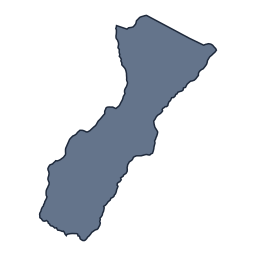 Mirandópolis, São Paulo, Brazil
{"feature_id": "56859067B1440643639683", "entity_name": "Mirandópolis", "entity_type": "district", "adm_level": 2, "iso_a3": "BRA", "parent_name": "Brazil", "parent_adm1": "São Paulo", "projection": "orthographic", "projection_center": [-51.144, -21.087], "detail": "fine", "context": "isolated", "style": "filled", "palette": "slate", "viewbox_px": 256, "rotation_deg": 0, "n_neighbors": 0, "source": "geoboundaries", "source_scale": "gbopen_adm2", "svg_char_len": 4071}
<svg xmlns="http://www.w3.org/2000/svg" viewBox="0 0 256 256"><path d="M39.9,217.7L41.4,218.8L42.7,220.7L43.8,221.1L45.1,221.1L46.3,220.5L47.9,221.6L48.3,223.1L49.6,224.0L50.1,225.2L51.2,226.0L52.3,226.0L53.5,226.8L54.7,228.0L56.5,227.8L57.0,229.0L57.7,230.1L59.5,230.4L60.9,230.8L62.2,231.4L63.5,231.2L64.4,232.5L65.1,234.2L66.3,235.6L66.9,234.4L68.4,234.0L70.8,233.6L72.7,233.5L75.1,233.6L76.4,233.6L77.6,234.0L78.0,235.9L79.4,236.2L79.9,237.5L80.1,238.7L81.3,239.7L82.7,240.5L84.2,240.6L85.4,240.0L86.7,238.6L87.7,237.0L89.0,236.0L90.5,234.2L91.7,232.4L93.0,231.5L94.2,230.6L95.7,229.7L96.9,229.5L98.0,228.6L99.0,226.6L99.8,225.2L100.3,223.0L99.7,221.4L100.3,219.7L100.0,218.1L101.3,216.7L102.3,215.0L102.6,213.2L103.5,211.4L103.9,209.5L104.2,207.8L103.7,206.3L105.1,205.5L106.3,204.3L107.2,203.1L108.0,201.9L109.2,200.9L110.2,200.1L110.8,198.3L112.8,197.3L113.9,196.4L114.4,194.9L115.4,193.9L116.2,191.9L116.7,189.6L117.5,187.7L118.0,186.2L117.1,185.2L117.3,183.4L118.6,182.2L119.7,181.8L121.2,179.8L120.6,177.9L121.8,177.1L123.1,176.3L123.5,175.1L124.6,174.3L126.0,173.4L127.1,171.5L127.3,169.3L127.1,167.7L127.4,166.5L127.7,164.6L128.5,163.5L129.1,162.1L130.2,161.3L131.8,160.2L132.8,158.8L133.4,157.3L135.0,156.4L136.5,155.8L138.1,155.8L139.3,155.8L141.2,155.8L143.7,155.1L145.5,154.6L146.9,154.5L148.2,154.9L149.8,155.0L151.0,153.9L152.5,153.2L153.3,150.9L153.8,148.8L154.0,146.9L155.0,143.0L154.6,140.8L155.5,139.3L156.0,137.5L156.7,136.1L157.4,133.8L157.7,132.0L157.1,130.8L156.2,129.3L154.9,127.3L154.4,125.4L154.0,123.6L153.7,121.0L155.0,119.3L155.6,118.1L156.3,116.8L157.7,115.2L159.3,114.2L160.4,113.5L161.6,112.3L162.6,110.9L162.1,109.5L162.8,108.4L164.1,107.6L165.1,106.7L166.6,106.6L167.8,105.6L168.1,104.0L168.9,101.9L170.4,100.6L171.1,99.0L171.7,97.7L173.6,97.5L175.1,96.1L175.7,94.4L177.0,93.9L177.9,92.2L180.0,91.5L181.8,91.0L183.1,90.0L183.5,87.9L185.5,87.4L186.3,85.7L187.1,84.2L188.6,82.8L190.5,81.2L192.2,80.9L194.2,80.2L195.8,78.8L197.0,77.2L198.4,75.5L198.4,73.9L198.7,72.6L199.6,71.2L200.5,70.4L201.6,69.5L203.0,68.9L203.9,67.9L205.3,66.1L206.5,64.4L207.1,62.7L207.5,60.5L208.8,58.3L209.8,56.7L211.6,55.3L212.8,54.1L214.0,53.0L214.9,52.2L216.4,50.2L215.7,48.6L214.3,47.2L212.6,45.2L211.0,44.2L209.8,43.9L208.3,43.7L207.0,44.1L205.5,44.4L203.7,45.2L189.2,38.2L173.9,30.0L146.5,15.4L145.1,15.6L143.1,16.2L141.0,16.8L139.6,17.5L138.4,18.8L137.3,19.9L136.4,20.9L136.2,22.2L135.7,23.9L134.2,25.8L133.1,26.9L131.5,27.4L129.8,27.6L128.6,27.8L127.0,29.1L116.5,25.6L116.3,27.0L115.8,28.6L116.4,29.8L116.4,32.1L116.3,34.0L116.0,35.7L116.0,37.3L116.3,38.6L117.4,39.9L118.4,42.5L118.6,44.5L118.2,46.3L118.0,47.8L119.3,49.5L119.2,51.2L119.2,52.5L119.8,54.5L119.3,56.3L120.2,57.3L121.3,59.2L120.9,60.9L121.8,62.8L121.8,64.8L122.9,66.0L123.8,67.0L125.1,68.6L125.8,70.4L126.2,72.0L126.5,73.5L126.5,75.1L126.6,76.5L126.7,78.0L126.6,79.5L126.8,80.8L127.4,81.9L127.5,83.2L127.1,84.7L126.7,85.9L126.1,87.2L125.3,88.4L124.6,90.2L124.5,92.1L125.0,93.4L124.4,94.7L123.4,96.3L122.7,98.9L122.1,100.4L121.4,101.6L120.4,103.5L119.7,105.0L118.9,106.0L118.0,106.8L117.0,107.6L115.9,108.5L114.8,108.1L112.8,107.1L111.0,107.1L109.1,107.0L107.1,107.2L106.0,108.0L105.6,109.2L104.7,111.2L104.7,113.8L103.4,115.2L100.3,119.0L98.2,121.1L97.0,123.2L96.3,124.6L95.1,126.0L93.8,127.0L92.2,128.5L90.9,129.7L90.0,130.6L88.9,131.2L87.7,131.9L86.2,131.9L84.7,131.1L82.8,130.4L81.3,130.3L79.9,130.3L79.0,131.1L77.4,132.5L76.5,133.9L74.5,135.3L72.8,136.0L71.4,137.4L70.5,138.3L69.6,139.4L65.7,148.3L65.5,149.6L65.5,151.8L65.6,153.5L65.4,154.8L64.6,155.8L63.4,157.4L61.7,158.6L60.4,159.6L58.8,160.4L57.2,160.9L55.7,160.7L54.9,161.7L53.6,162.8L52.6,163.9L51.2,164.4L49.8,165.0L48.6,166.9L47.9,168.5L48.0,169.9L48.7,171.4L49.1,173.6L48.7,175.7L48.1,177.5L47.9,179.2L48.4,180.8L49.2,182.7L49.0,184.6L48.2,186.1L47.7,187.4L46.8,189.1L46.3,190.4L46.1,192.0L46.1,193.8L46.2,195.3L47.0,196.9L46.3,198.9L45.3,200.7L44.7,201.9L44.5,203.3L43.7,204.4L43.4,206.0L42.3,207.2L41.3,209.4L40.9,211.2L39.9,213.0L39.6,214.3L39.8,215.7L39.9,217.7Z" fill="#64748b" stroke="#1e293b" stroke-width="1.5"/></svg>